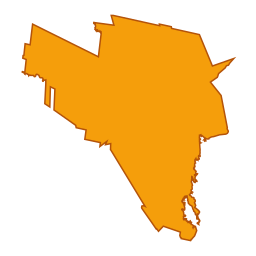 Padilla, Tamaulipas, Mexico (Equal Earth projection)
{"feature_id": "50627088B25570843702160", "entity_name": "Padilla", "entity_type": "district", "adm_level": 2, "iso_a3": "MEX", "parent_name": "Mexico", "parent_adm1": "Tamaulipas", "projection": "equal_earth", "projection_center": [-98.825, 23.979], "detail": "fine", "context": "isolated", "style": "filled", "palette": "amber", "viewbox_px": 256, "rotation_deg": 0, "n_neighbors": 0, "source": "geoboundaries", "source_scale": "gbopen_adm2", "svg_char_len": 5826}
<svg xmlns="http://www.w3.org/2000/svg" viewBox="0 0 256 256"><path d="M32.6,24.1L30.1,44.8L25.1,43.7L23.9,55.3L23.1,55.5L22.8,58.2L26.2,59.5L24.8,72.3L22.4,71.6L22.2,72.0L23.8,72.9L24.7,72.8L24.7,74.0L25.0,74.2L25.0,73.8L25.9,73.5L26.8,73.6L27.4,73.9L27.4,74.3L28.0,74.4L28.5,74.7L28.8,75.8L29.5,75.0L30.0,75.0L30.5,75.4L33.3,75.4L33.8,75.7L34.1,76.5L34.6,76.7L35.1,76.6L35.6,76.1L36.1,74.6L36.9,74.2L38.9,75.3L39.4,76.7L40.0,77.6L40.9,77.8L41.9,77.7L42.8,78.3L43.1,79.2L42.6,80.3L42.7,81.1L43.3,81.1L43.4,80.0L43.6,79.9L44.9,80.3L45.8,79.9L45.8,83.6L44.8,103.7L49.8,107.0L50.4,86.8L54.9,89.0L54.0,110.0L75.7,125.3L76.2,127.7L86.1,129.9L84.8,139.3L100.4,142.6L99.9,146.5L106.8,141.4L105.5,144.7L110.7,143.6L110.5,149.7L110.8,150.0L112.4,152.6L145.0,206.3L143.9,205.8L142.0,205.9L141.8,206.2L141.6,207.6L141.8,207.9L141.8,208.3L151.4,222.0L156.2,229.0L156.6,228.7L158.5,231.3L163.3,226.2L180.4,232.1L179.8,235.4L180.4,237.3L181.0,237.7L181.3,238.1L181.2,238.6L190.6,240.6L191.1,239.5L191.4,239.6L192.6,238.1L194.6,235.9L196.7,230.6L195.6,227.0L195.2,227.2L194.9,227.1L194.8,226.8L195.1,226.3L194.7,226.1L193.6,226.6L193.1,227.8L192.9,227.3L193.8,225.8L191.4,224.2L190.8,223.1L191.5,222.6L191.5,222.3L191.0,222.1L190.8,222.8L190.6,222.1L190.3,223.0L189.9,223.0L189.2,222.2L189.4,221.5L188.8,221.9L188.4,221.6L188.3,222.0L188.4,222.3L188.1,222.5L187.5,221.3L187.3,221.6L186.4,220.9L185.9,220.1L185.9,219.4L187.0,219.3L186.7,219.2L186.5,218.8L185.9,218.8L185.5,218.5L184.8,218.6L184.6,219.6L184.3,219.8L183.8,219.8L183.5,219.3L183.4,218.4L183.7,217.5L183.4,216.8L183.5,216.3L185.3,216.2L185.6,215.8L185.0,215.1L184.5,215.5L184.2,215.3L183.7,214.3L183.7,212.8L183.4,212.1L183.4,211.6L183.0,211.0L182.9,210.2L182.0,210.0L181.7,209.6L181.9,209.1L182.5,208.9L182.8,208.9L184.2,210.0L184.4,209.6L184.7,209.6L184.8,208.2L184.7,207.4L183.6,203.7L184.4,203.4L184.8,204.0L184.9,202.8L184.4,202.9L184.2,202.7L184.4,202.4L184.2,202.2L183.6,202.3L183.1,202.7L182.6,202.6L181.9,201.5L182.0,200.8L182.5,199.9L182.8,200.6L183.2,200.0L183.5,200.0L184.2,200.0L183.3,198.7L183.3,198.3L183.7,198.1L184.3,198.6L184.7,198.2L184.1,197.9L184.1,197.2L184.8,196.3L185.4,196.1L185.6,196.2L185.7,196.5L185.4,196.8L185.4,197.3L185.8,197.6L186.2,196.9L186.4,197.0L186.4,197.3L186.7,196.1L186.8,195.9L187.0,195.9L187.6,198.8L187.9,199.6L187.6,200.2L187.7,200.7L188.2,201.4L188.3,203.1L189.9,204.9L191.8,206.0L192.2,206.7L192.9,209.1L193.4,209.6L193.7,211.1L195.0,212.3L195.5,214.6L196.4,215.1L196.7,215.7L196.8,218.9L197.1,219.1L197.8,218.6L198.0,218.7L199.2,220.1L199.3,221.0L198.9,221.8L198.2,222.6L197.7,222.6L197.2,223.1L197.3,223.5L198.7,224.4L198.5,223.4L199.8,221.0L199.7,220.4L198.3,218.3L197.9,217.2L197.4,214.0L198.5,214.1L199.6,212.0L198.6,210.5L195.9,208.2L194.7,207.6L195.7,205.5L195.6,205.1L195.2,204.5L195.2,204.0L194.9,203.7L194.5,202.8L194.5,202.3L195.2,201.7L195.3,200.7L194.8,199.5L194.2,199.3L193.9,199.0L194.0,197.9L193.2,197.4L192.0,197.4L191.7,197.2L191.3,196.3L190.2,195.4L189.9,195.5L189.4,194.8L190.1,194.1L191.0,192.4L191.4,192.5L191.7,193.3L192.0,193.4L191.9,192.4L192.5,192.1L191.7,191.6L191.2,190.8L191.1,190.3L191.1,189.9L192.1,189.2L192.2,188.9L192.0,186.3L192.1,185.9L192.5,185.3L191.9,183.2L191.3,182.0L191.3,181.5L191.5,180.6L192.1,179.9L192.0,179.6L191.6,179.3L191.9,178.5L191.7,177.5L191.8,176.6L192.5,177.0L192.5,178.5L193.3,179.2L193.0,180.3L193.3,180.4L193.2,180.7L193.9,181.9L194.6,182.0L194.7,182.4L195.1,182.5L195.3,182.1L195.1,181.4L195.4,181.0L195.9,180.9L196.6,181.4L196.9,181.4L196.7,180.7L196.4,180.2L195.8,179.8L195.1,179.7L195.0,177.3L195.2,177.0L195.5,176.2L195.9,175.7L195.5,175.3L194.6,175.2L194.6,174.8L196.6,174.9L196.9,174.7L197.5,173.8L197.3,173.7L196.8,174.2L196.5,173.8L195.7,173.3L195.7,172.7L196.1,171.3L195.7,171.2L194.9,170.2L194.5,169.1L194.0,169.3L193.7,168.8L193.7,168.1L194.1,167.2L194.6,167.2L194.8,166.2L194.9,166.4L195.0,166.2L194.6,165.9L194.6,165.4L194.7,163.5L195.5,163.0L195.2,162.7L195.1,162.1L195.2,161.6L194.9,161.3L195.0,159.7L195.2,159.4L195.5,159.6L195.6,159.2L195.9,158.6L196.0,159.0L196.8,160.1L197.0,160.0L197.2,160.3L197.1,159.7L197.6,160.0L197.5,159.7L198.1,159.6L198.1,159.2L199.0,159.2L198.9,158.7L199.2,158.5L199.2,158.3L198.8,157.7L198.5,156.4L198.6,155.8L198.8,155.6L199.9,156.2L200.1,156.3L200.2,156.1L199.8,154.4L199.9,153.5L200.1,153.2L200.0,151.6L200.1,149.3L199.9,147.8L199.6,143.0L200.0,142.6L200.5,143.1L200.9,142.9L200.6,142.8L200.3,142.1L199.7,142.1L199.5,141.9L199.5,140.0L200.4,139.6L200.4,139.4L199.8,139.6L199.4,139.1L199.5,138.4L200.3,137.9L199.7,138.0L199.4,137.7L199.5,135.5L199.9,135.7L199.9,135.1L200.7,134.8L200.7,135.0L201.1,135.2L201.2,135.5L201.4,135.3L201.8,135.5L201.8,136.1L202.1,135.9L202.5,136.0L204.5,137.7L204.8,138.0L204.8,138.6L203.9,139.8L204.5,139.7L204.6,141.0L205.1,140.7L205.7,141.0L205.9,140.9L205.1,139.8L205.2,139.2L205.5,138.8L205.6,139.5L205.8,138.9L206.2,138.7L206.9,139.0L208.8,138.9L209.1,138.1L211.5,136.9L213.7,136.6L219.6,134.8L225.9,134.1L227.4,133.3L228.2,131.9L228.3,131.1L227.1,128.8L227.3,127.6L221.1,95.5L210.4,82.1L217.3,77.3L217.8,76.1L218.3,74.4L218.7,73.5L225.2,67.9L226.2,66.1L226.7,65.6L227.9,65.4L228.5,65.1L229.8,63.0L233.8,58.5L212.4,66.0L199.4,34.6L171.6,28.4L171.3,26.7L159.4,24.1L159.7,25.7L113.1,15.4L111.2,15.4L113.9,25.2L93.8,22.5L93.8,22.8L94.1,22.7L94.1,23.1L94.4,23.0L94.8,23.4L94.9,23.5L94.6,23.7L95.0,23.8L94.9,24.2L95.2,24.3L95.3,25.3L95.5,25.6L95.6,25.4L95.5,27.1L94.9,27.9L95.4,28.6L95.1,29.3L95.5,29.3L95.7,30.1L95.9,29.9L96.4,30.0L96.2,30.6L96.5,31.0L96.8,30.8L96.6,30.4L96.8,30.1L97.0,30.4L97.4,30.1L97.4,30.8L97.6,30.6L97.8,30.8L97.6,31.3L98.3,31.1L98.7,31.4L99.0,31.1L99.1,31.6L99.5,31.7L100.0,31.5L99.9,31.8L100.0,31.9L100.7,31.9L100.7,32.1L100.3,32.1L100.3,32.3L100.6,32.6L101.0,32.4L100.9,33.2L101.2,33.3L98.4,56.8L32.6,24.1Z" fill="#f59e0b" stroke="#b45309" stroke-width="1.5"/></svg>